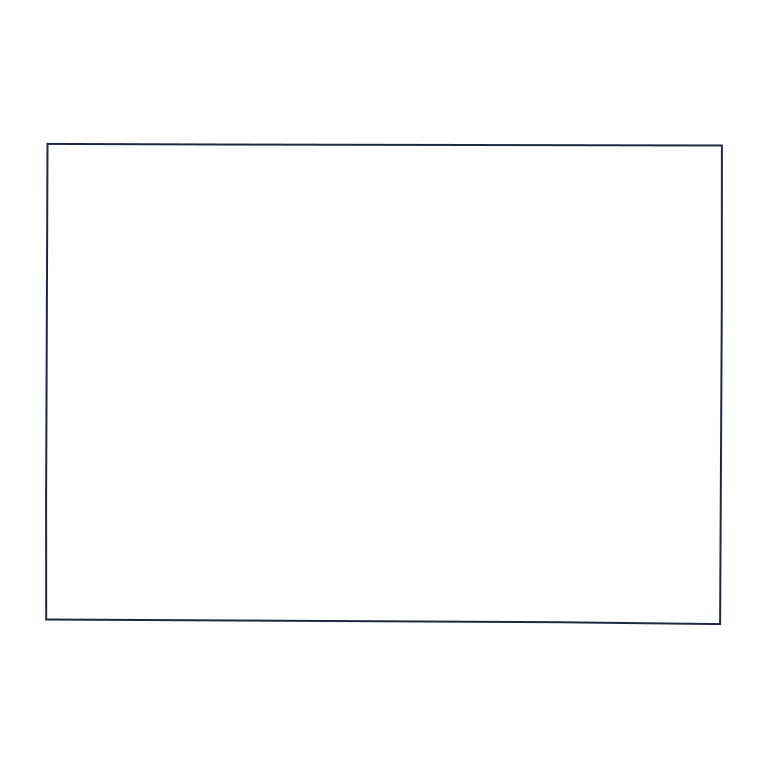 outline of Pulaski, Indiana, United States of America
{"feature_id": "52423323B65186768843846", "entity_name": "Pulaski", "entity_type": "district", "adm_level": 2, "iso_a3": "USA", "parent_name": "United States of America", "parent_adm1": "Indiana", "projection": "natural_earth1", "projection_center": [-86.673, 41.041], "detail": "fine", "context": "isolated", "style": "outline", "palette": "slate", "viewbox_px": 768, "rotation_deg": 0, "n_neighbors": 0, "source": "geoboundaries", "source_scale": "gbopen_adm2", "svg_char_len": 232}
<svg xmlns="http://www.w3.org/2000/svg" viewBox="0 0 768 768"><path d="M720.1,624.1L721.8,305.1L721.9,145.5L216.1,144.5L47.5,143.9L46.1,500.8L46.2,619.5L555.4,622.2L720.1,624.1Z" fill="none" stroke="#1e293b" stroke-width="2"/></svg>